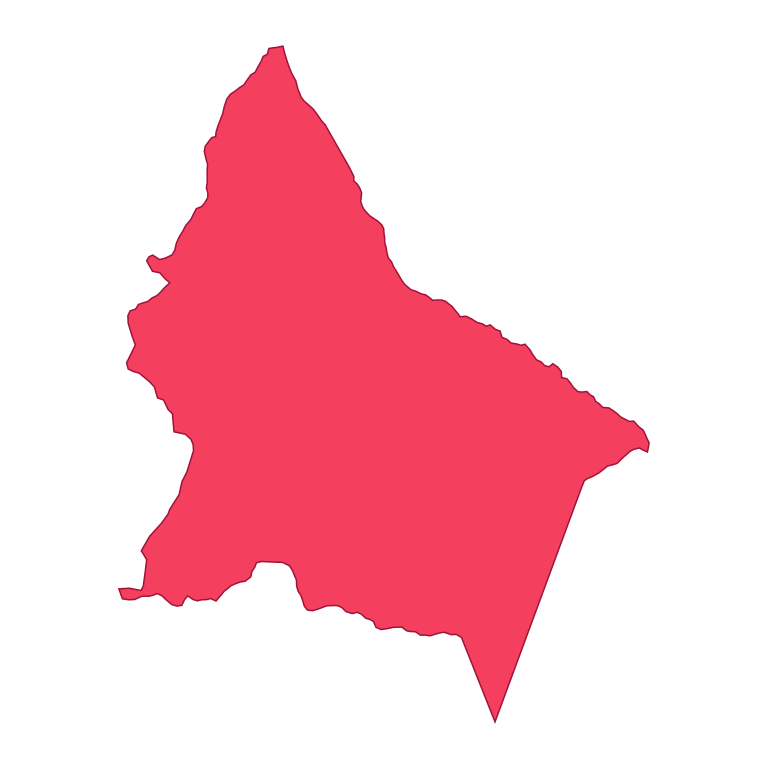 Coronel Sapucaia, Mato Grosso do Sul, Brazil (orthographic projection)
{"feature_id": "56859067B59177050807498", "entity_name": "Coronel Sapucaia", "entity_type": "district", "adm_level": 2, "iso_a3": "BRA", "parent_name": "Brazil", "parent_adm1": "Mato Grosso do Sul", "projection": "orthographic", "projection_center": [-55.397, -23.331], "detail": "fine", "context": "isolated", "style": "filled", "palette": "rose", "viewbox_px": 768, "rotation_deg": 0, "n_neighbors": 0, "source": "geoboundaries", "source_scale": "gbopen_adm2", "svg_char_len": 3684}
<svg xmlns="http://www.w3.org/2000/svg" viewBox="0 0 768 768"><path d="M282.9,46.1L277.0,47.4L272.8,47.8L268.9,48.5L267.2,54.3L263.1,56.4L261.1,61.4L257.8,67.1L255.2,72.2L250.9,74.8L247.7,79.2L243.7,85.0L239.1,87.9L235.6,90.8L230.5,94.1L226.7,99.2L224.2,107.0L222.6,114.0L220.4,119.6L218.6,124.2L217.2,128.2L216.0,132.5L215.7,136.6L211.8,137.6L209.0,141.1L205.3,146.1L204.3,151.5L205.9,158.6L207.6,164.2L207.2,169.0L207.2,176.9L207.2,182.5L206.4,188.0L207.8,192.7L207.8,197.5L204.6,203.1L201.5,206.6L196.4,208.6L193.6,213.8L191.0,219.3L185.6,225.7L183.0,230.8L180.7,234.5L178.5,238.3L176.2,243.8L174.9,249.9L172.0,254.9L165.5,258.0L159.6,259.6L152.7,255.1L149.1,256.7L146.6,260.8L152.5,271.3L159.8,272.8L165.2,278.9L169.8,282.8L163.9,288.3L160.3,292.4L157.2,295.4L152.1,297.9L147.7,301.5L142.0,303.2L138.5,304.5L135.5,309.2L130.2,310.8L127.9,315.7L128.2,323.2L131.8,335.1L135.3,345.1L126.6,362.8L128.2,369.0L133.1,371.4L139.3,373.2L149.3,381.5L154.4,386.9L157.5,397.9L163.6,400.0L168.1,409.5L172.4,413.7L174.0,431.8L185.3,434.2L190.9,439.2L193.1,444.4L193.5,450.7L186.9,471.9L182.0,481.6L179.1,494.6L172.8,504.5L169.8,509.3L168.0,514.1L164.1,519.6L161.4,523.3L149.7,536.2L141.3,550.8L143.5,554.4L146.7,559.6L145.1,572.7L143.3,586.0L141.0,590.5L129.4,588.2L118.9,588.9L122.4,598.8L128.8,599.8L134.6,599.5L142.1,596.2L149.1,596.2L152.8,595.3L157.3,593.5L162.4,596.1L166.2,599.9L171.9,604.6L177.0,606.1L181.8,605.4L184.4,599.9L187.8,595.9L193.0,599.5L197.3,600.8L201.0,599.9L206.3,599.6L210.7,598.6L216.0,601.0L220.3,595.9L224.3,591.1L227.6,588.6L231.4,585.5L236.0,583.5L240.4,582.0L245.2,581.2L250.8,576.8L251.9,571.6L254.8,567.1L256.4,562.8L261.3,561.5L267.6,561.8L274.9,562.1L282.6,562.4L289.5,565.8L292.5,570.6L294.2,574.8L296.4,579.9L296.7,586.4L298.2,591.4L300.9,595.4L302.8,601.1L304.3,606.1L307.3,610.0L312.5,610.7L317.1,609.4L321.4,607.8L326.9,605.8L331.8,605.6L337.3,605.6L341.7,607.4L346.0,611.6L352.2,613.6L357.1,612.3L361.2,614.0L365.7,618.2L369.9,619.5L373.3,621.3L376.0,627.3L380.9,629.5L386.4,628.8L393.5,627.3L401.8,627.1L406.7,630.8L410.5,631.5L415.6,631.8L420.3,635.1L425.6,635.1L430.0,635.8L439.0,633.1L443.8,632.2L447.5,633.4L451.2,634.7L456.3,634.4L461.5,637.5L495.0,721.9L581.3,488.2L584.3,480.7L587.8,478.4L592.3,476.6L599.2,472.7L603.0,469.7L607.4,466.1L612.2,464.9L617.1,463.4L620.0,460.5L623.6,457.0L626.9,454.2L629.8,451.5L633.8,449.3L639.3,448.0L642.6,449.8L647.4,452.0L648.5,446.7L649.1,442.7L647.3,439.2L645.5,435.0L643.3,430.3L638.5,426.5L633.7,421.1L629.3,421.4L625.3,419.4L620.9,417.1L616.6,413.2L612.9,410.5L608.9,407.9L602.6,407.4L599.3,403.9L595.7,401.4L593.5,396.7L589.9,394.8L586.9,391.5L582.2,392.1L577.8,391.6L573.0,387.0L570.7,383.4L567.0,378.8L561.6,377.5L561.3,371.5L557.7,367.0L552.8,363.7L549.1,366.8L544.5,365.5L541.2,361.9L536.6,359.9L532.7,354.6L530.0,349.9L525.0,344.2L520.9,345.3L517.0,344.0L511.1,343.1L506.9,339.3L502.0,337.4L500.1,331.1L495.3,329.3L490.2,324.9L486.3,326.2L482.2,323.8L477.0,322.4L471.9,319.1L466.2,316.3L460.1,316.7L457.7,313.3L454.7,309.8L452.4,306.7L448.9,304.0L445.6,301.3L441.6,300.0L437.1,300.0L432.7,300.3L429.2,297.4L425.7,294.9L421.1,293.8L415.8,291.2L410.9,289.7L405.0,284.7L401.7,280.3L397.5,273.0L393.6,266.8L391.4,261.7L388.3,257.9L386.9,252.5L386.1,247.4L384.7,242.7L384.6,237.5L383.9,232.9L383.7,228.7L381.8,224.9L377.8,221.1L374.1,218.8L369.6,215.7L364.7,210.4L362.5,206.8L360.7,201.5L361.2,197.2L361.6,192.7L359.5,187.6L357.0,183.8L353.8,180.9L353.8,176.4L351.9,172.5L349.6,167.8L325.2,124.9L321.3,120.5L317.9,115.4L313.0,108.9L307.9,104.3L304.1,101.1L301.2,97.2L297.8,88.8L295.8,80.8L291.9,73.8L289.4,67.7L287.2,61.5L284.5,52.5L282.9,46.1Z" fill="#f43f5e" stroke="#9f1239" stroke-width="1.5"/></svg>